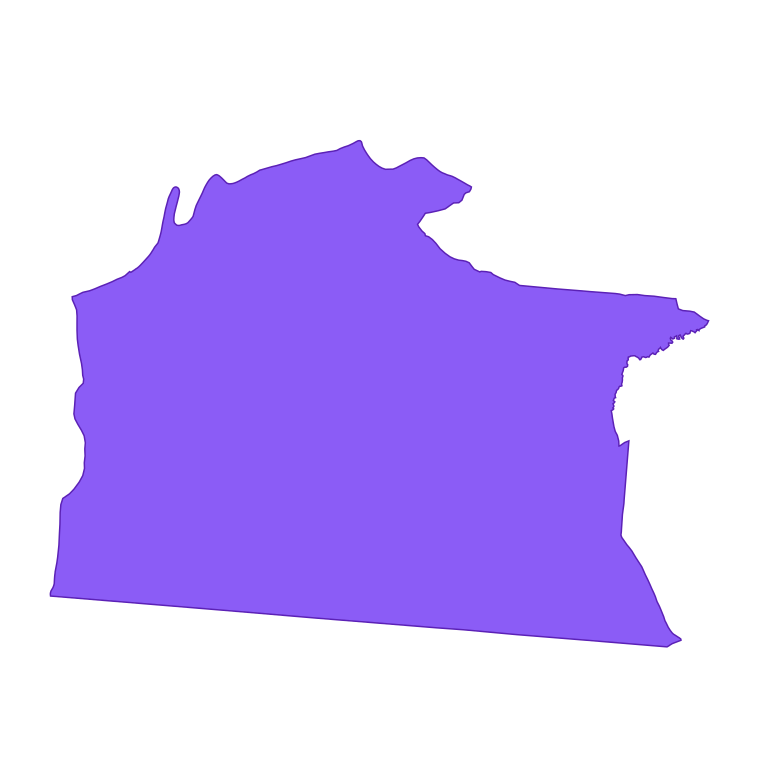 Varin, Siemréab, Cambodia, rotated 185°
{"feature_id": "14789045B34127084332177", "entity_name": "Varin", "entity_type": "district", "adm_level": 2, "iso_a3": "KHM", "parent_name": "Cambodia", "parent_adm1": "Siemréab", "projection": "robinson", "projection_center": [103.87, 13.824], "detail": "fine", "context": "isolated", "style": "filled", "palette": "violet", "viewbox_px": 768, "rotation_deg": 185, "n_neighbors": 0, "source": "geoboundaries", "source_scale": "gbopen_adm2", "svg_char_len": 6093}
<svg xmlns="http://www.w3.org/2000/svg" viewBox="0 0 768 768"><g transform="rotate(185 384 384)"><path d="M314.1,587.9L315.4,588.6L318.2,589.7L320.9,591.0L324.8,592.8L326.8,593.7L329.3,594.8L331.0,595.6L334.2,596.8L336.3,597.3L339.0,597.8L342.0,598.8L344.4,599.5L346.8,600.6L349.3,602.1L352.6,604.4L355.4,606.5L361.0,611.0L363.8,612.7L366.8,612.7L370.5,612.1L373.9,610.9L377.4,609.0L381.6,606.1L384.9,604.0L388.2,601.9L390.5,600.4L393.8,598.8L397.0,598.5L401.3,598.0L404.8,598.9L408.1,600.4L411.0,602.2L413.9,604.3L417.2,607.3L420.0,610.5L421.6,612.5L423.9,615.6L426.1,619.2L427.3,622.6L427.7,623.4L429.0,624.3L430.9,624.1L432.6,623.1L435.8,620.9L440.3,618.3L444.3,616.6L448.1,614.7L451.3,612.6L454.6,611.6L459.8,610.4L463.5,609.4L468.3,608.2L472.9,606.9L478.5,604.3L481.9,602.7L486.9,601.1L491.7,599.6L496.0,598.0L501.0,595.8L505.2,594.1L510.0,592.2L514.6,590.7L524.7,586.8L526.4,586.2L529.2,584.1L532.2,582.2L535.0,580.8L538.3,578.8L540.3,577.3L543.2,575.5L546.0,573.6L548.2,572.3L550.2,571.3L551.9,570.6L554.1,570.1L555.9,569.9L558.1,570.4L559.7,571.7L561.4,573.2L563.8,575.2L566.3,577.0L567.8,577.7L569.0,578.0L570.6,577.5L572.6,576.0L574.4,574.0L575.9,572.0L577.2,569.7L578.5,567.0L579.8,564.0L580.7,561.3L581.6,558.5L582.9,555.1L584.2,551.8L585.4,548.7L586.6,545.5L587.6,541.2L588.2,537.6L588.8,534.3L589.6,532.9L591.6,530.0L593.5,527.5L595.1,526.4L596.8,525.7L599.3,525.0L601.4,524.2L602.8,524.0L604.4,524.2L606.2,525.6L607.0,526.4L607.7,529.0L607.8,531.6L607.7,535.3L606.5,543.1L605.8,547.0L605.2,550.8L604.8,553.2L604.6,555.5L604.5,557.4L604.9,559.2L605.7,560.8L606.5,561.5L607.8,562.1L609.0,562.1L609.9,561.7L610.8,561.0L611.8,559.3L612.8,556.4L614.4,552.0L615.1,549.5L615.6,546.3L616.8,539.8L617.3,535.4L617.7,531.2L618.3,526.8L618.6,523.8L618.9,520.1L619.3,516.0L619.9,512.3L620.6,508.7L621.1,506.3L621.5,504.7L623.3,502.0L624.5,500.2L625.5,498.0L626.4,496.3L627.3,494.5L628.5,492.4L629.8,490.5L632.9,486.4L634.5,484.3L637.1,481.0L638.5,479.4L639.8,478.1L641.5,476.8L642.2,476.1L643.9,474.8L645.2,473.7L646.0,473.2L647.2,473.8L651.4,469.3L654.5,467.3L659.0,465.1L663.6,462.3L669.1,459.4L675.0,456.5L680.6,453.5L685.4,451.2L691.9,449.1L695.1,447.2L698.1,445.3L702.2,443.8L701.8,440.8L699.1,435.9L696.7,431.1L695.7,425.0L695.1,417.7L694.5,410.8L693.4,402.0L692.1,395.9L689.9,387.1L687.1,378.0L685.7,371.9L684.9,366.4L683.6,362.7L683.7,358.5L687.5,354.0L690.5,348.0L690.3,335.7L690.3,327.2L688.8,322.3L685.5,317.2L681.3,311.4L678.2,306.3L676.4,299.4L676.4,293.2L675.5,286.3L675.7,279.4L675.0,273.8L676.1,266.5L679.1,259.7L683.7,252.2L687.7,247.2L694.0,242.0L695.4,235.7L695.4,227.9L694.6,216.1L694.3,206.9L693.8,195.1L694.0,183.3L694.3,177.4L695.2,168.4L695.2,167.0L695.3,164.5L695.3,162.2L695.2,158.8L695.1,156.4L695.4,154.6L696.0,152.4L696.9,150.5L697.7,148.8L698.1,146.6L698.0,145.1L697.7,143.7L588.2,144.3L526.2,144.6L431.4,144.9L310.5,145.7L283.3,146.1L230.2,145.9L160.1,146.4L79.1,146.8L78.4,147.3L77.4,148.0L76.1,149.1L74.2,150.5L65.8,154.6L66.1,155.8L67.6,156.8L69.2,157.6L71.8,159.0L73.8,160.0L75.4,161.3L77.4,163.5L79.7,166.5L81.7,169.9L83.5,172.7L85.1,176.6L88.8,183.8L90.3,186.6L93.1,191.1L95.2,195.9L96.9,199.1L99.4,203.4L101.4,207.1L104.3,212.2L107.1,216.8L109.5,221.2L111.3,224.4L115.0,229.1L117.8,232.7L120.2,236.0L122.4,239.1L125.4,242.4L128.2,245.2L131.0,248.6L133.8,251.9L134.8,254.2L134.7,257.4L134.8,261.1L135.0,270.8L135.1,274.7L134.9,279.3L134.7,283.1L134.6,286.3L134.7,289.4L135.1,348.7L139.1,346.7L143.6,343.0L144.5,342.7L145.2,347.7L147.1,353.2L149.5,356.9L151.2,361.5L153.4,369.8L154.3,373.8L155.3,377.3L153.8,378.2L153.0,379.2L154.0,380.1L153.3,381.1L153.0,382.0L153.8,383.5L154.1,384.5L152.9,385.4L152.5,386.4L154.1,387.5L153.7,388.9L153.3,390.1L152.1,390.6L152.6,391.6L152.7,392.7L152.9,393.9L152.0,395.8L151.9,397.2L151.5,398.2L150.8,398.7L149.9,400.0L149.7,401.2L149.1,402.2L147.9,402.4L146.8,403.0L147.2,404.0L147.3,405.2L146.9,406.5L146.9,407.3L146.8,408.7L147.0,410.1L147.1,411.1L146.7,412.2L146.8,413.3L147.9,414.2L147.3,416.6L146.9,417.9L146.7,419.9L146.7,420.9L146.1,421.5L145.3,421.8L144.3,421.8L143.0,422.8L142.9,424.5L143.7,425.3L143.9,426.8L143.8,428.3L142.9,429.1L142.8,430.1L143.1,431.0L142.9,432.2L141.9,432.4L140.6,433.4L139.5,433.5L138.6,433.8L136.6,434.0L135.1,433.2L133.9,432.8L132.4,431.9L131.4,430.5L130.5,430.7L129.7,432.4L129.4,433.3L127.7,433.8L125.8,433.2L125.0,433.4L123.7,434.2L122.4,433.9L122.0,434.7L121.6,435.7L120.7,436.7L119.7,437.5L118.8,438.3L117.5,437.2L116.1,437.2L115.3,438.8L114.4,439.9L113.3,440.4L113.8,441.2L113.5,442.6L112.4,443.5L111.8,444.5L111.2,443.5L110.1,442.4L108.7,441.8L107.6,442.9L106.7,443.7L105.6,444.6L105.0,445.1L104.2,446.0L103.3,447.4L104.0,448.4L104.1,449.6L102.4,449.7L100.7,449.7L100.0,450.9L100.9,452.1L102.1,452.8L102.8,454.5L102.4,455.5L100.2,454.0L98.6,454.9L98.8,456.2L97.5,456.9L96.7,457.5L96.2,455.5L96.3,454.6L94.7,454.3L93.4,454.5L93.8,456.1L94.5,456.7L94.5,457.9L93.3,458.7L91.8,456.3L90.7,455.1L89.8,454.8L89.3,455.6L89.6,456.5L90.2,457.3L89.9,458.3L89.1,458.9L88.3,460.1L87.6,460.8L86.8,460.3L85.9,460.2L84.6,460.7L83.8,461.1L83.5,462.2L83.1,463.9L82.1,463.8L80.8,463.3L79.6,462.9L78.6,462.2L78.1,463.0L77.0,464.4L77.3,465.3L76.3,465.6L75.6,464.9L74.8,464.6L74.8,465.7L73.2,466.9L72.3,467.4L71.1,468.0L69.5,468.8L69.5,469.8L67.9,471.1L67.1,472.8L66.2,475.3L67.9,475.6L71.3,476.8L75.5,479.2L81.2,482.7L85.7,483.2L92.8,483.2L97.3,484.5L99.2,489.7L100.7,494.4L104.3,494.2L112.5,494.5L122.7,495.0L131.9,494.8L139.4,495.2L147.6,494.3L151.3,493.1L157.1,494.1L161.5,494.3L186.9,494.0L194.8,494.0L219.9,493.8L257.6,494.0L262.5,496.7L267.5,497.3L272.5,498.1L277.7,499.8L284.7,502.5L287.3,504.4L292.1,504.8L297.0,504.7L298.4,504.0L304.1,506.1L306.4,508.5L309.7,512.2L313.1,513.4L316.8,513.8L320.4,513.9L324.9,514.8L329.4,516.5L334.6,519.6L339.9,523.6L344.5,528.6L348.4,532.1L352.4,534.6L355.7,535.3L356.4,537.4L359.5,539.7L363.1,543.6L364.5,546.0L362.3,549.3L359.4,554.5L357.7,557.7L352.9,558.9L345.2,561.3L338.3,563.8L333.5,567.9L330.5,570.4L325.3,571.1L322.4,573.9L320.6,579.9L319.0,581.6L315.7,583.0L314.4,585.7L314.1,587.9Z" fill="#8b5cf6" stroke="#5b21b6" stroke-width="1.5"/></g></svg>